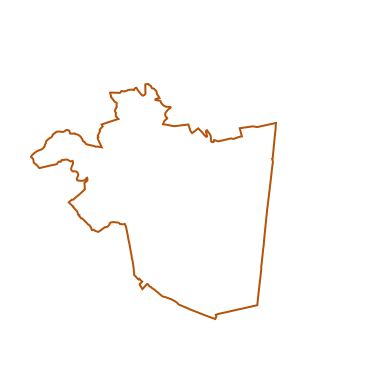 the district of Giong Rieng, Kiên Giang, Vietnam, rotated 53°
{"feature_id": "81297802B19779239086561", "entity_name": "Giong Rieng", "entity_type": "district", "adm_level": 2, "iso_a3": "VNM", "parent_name": "Vietnam", "parent_adm1": "Kiên Giang", "projection": "orthographic", "projection_center": [105.287, 9.934], "detail": "fine", "context": "isolated", "style": "outline", "palette": "amber", "viewbox_px": 384, "rotation_deg": 53, "n_neighbors": 0, "source": "geoboundaries", "source_scale": "gbopen_adm2", "svg_char_len": 5895}
<svg xmlns="http://www.w3.org/2000/svg" viewBox="0 0 384 384"><g transform="rotate(53 192 192)"><path d="M62.5,265.9L62.3,268.0L62.3,268.3L63.0,269.5L63.5,270.6L63.6,271.3L63.6,271.9L63.4,272.9L63.3,273.4L63.5,277.1L63.7,277.9L64.0,278.5L64.5,279.0L64.9,279.3L65.1,279.4L65.4,280.1L65.7,280.8L66.1,281.4L67.0,282.6L67.3,284.0L67.5,284.8L67.5,285.2L67.5,286.0L67.1,287.6L66.3,290.5L66.1,292.1L66.0,293.9L66.1,295.9L66.3,297.3L66.7,298.7L67.0,299.3L67.1,299.5L67.4,299.6L68.7,299.1L69.2,299.0L69.5,299.0L70.9,299.3L71.5,299.6L72.3,300.2L73.0,300.6L74.4,300.5L76.6,299.9L77.8,299.7L81.1,299.5L84.4,291.8L88.4,283.2L87.8,281.6L87.6,280.9L87.6,280.1L87.7,279.8L88.8,278.8L88.9,278.2L88.7,277.9L88.3,277.5L88.1,277.2L88.1,276.9L89.2,275.1L90.6,272.6L90.9,272.3L91.5,271.9L93.4,271.1L94.0,270.9L94.4,270.6L94.6,270.4L95.3,268.7L96.3,269.0L97.2,269.5L97.9,270.2L98.5,271.1L99.0,272.4L100.2,273.9L101.0,274.8L101.8,275.1L102.8,275.1L103.2,275.0L103.9,274.6L105.3,272.7L106.3,272.1L106.7,271.9L107.4,271.8L107.8,271.8L108.8,272.0L109.5,272.2L109.8,272.4L112.1,275.9L112.4,276.3L112.7,276.4L113.1,276.5L113.4,276.5L114.1,276.2L115.5,274.8L116.6,273.5L117.5,272.0L117.9,270.9L117.9,270.0L117.9,269.4L117.4,267.9L117.4,267.4L117.4,267.2L117.6,267.2L118.0,267.4L119.4,268.1L119.6,268.3L119.9,268.9L119.9,269.3L120.0,270.3L119.9,272.3L125.4,276.0L126.2,284.1L126.4,289.4L126.5,290.5L126.7,291.4L125.9,292.4L125.9,295.0L126.2,296.7L132.5,295.6L132.8,296.0L137.8,295.5L138.7,295.5L139.8,295.8L140.8,296.4L141.1,296.6L141.4,296.6L141.7,296.6L142.7,295.8L143.1,296.3L143.5,296.6L144.1,296.6L145.3,296.3L146.1,296.4L146.4,296.1L147.1,295.7L147.8,295.5L152.6,294.8L154.8,294.6L155.7,294.4L156.2,294.1L157.0,293.9L158.2,293.9L159.5,294.0L161.7,294.8L162.2,294.8L162.4,294.7L162.6,294.3L162.9,293.3L164.5,292.8L165.1,292.6L167.5,290.8L167.7,287.1L167.6,285.1L167.7,283.3L167.7,282.8L168.7,281.3L168.9,279.9L168.7,278.9L168.3,277.6L167.5,276.5L167.4,276.2L167.4,275.8L167.5,275.2L167.7,274.7L168.6,273.0L171.9,269.5L172.3,269.1L172.9,268.9L174.0,268.8L174.3,268.7L174.6,268.4L176.3,266.5L176.7,265.9L177.1,264.9L179.5,265.4L186.1,268.5L191.4,271.2L197.8,274.2L202.0,276.4L206.4,278.5L208.3,279.7L211.4,281.0L217.1,284.1L223.6,288.1L229.6,287.4L229.5,286.4L230.5,286.2L231.5,286.1L233.6,285.7L234.2,289.4L235.1,289.7L236.4,289.7L239.7,290.1L239.6,289.2L238.4,283.3L238.5,283.2L239.0,282.9L239.6,282.7L241.7,282.7L242.1,282.6L243.2,282.0L243.5,281.9L244.2,281.9L244.7,281.7L248.1,280.6L252.6,279.5L254.4,279.2L256.7,278.6L257.5,278.4L258.2,278.0L258.8,277.5L259.8,276.6L265.0,273.2L266.9,272.3L268.9,271.4L272.1,270.4L273.7,270.4L285.3,263.8L300.2,254.6L307.4,249.9L306.1,247.5L304.4,246.9L305.4,243.9L309.1,235.9L312.4,228.5L321.7,208.0L316.2,202.9L294.9,182.7L294.7,182.6L294.3,182.5L280.0,169.1L278.0,167.1L270.1,160.0L250.9,142.2L248.8,140.1L244.3,135.8L231.2,123.2L220.7,113.3L216.8,109.4L215.0,108.5L214.0,108.2L214.2,107.9L211.0,104.9L197.3,92.3L190.9,86.3L190.0,85.8L187.4,83.4L179.5,100.6L179.0,101.3L177.2,102.8L176.0,104.2L169.8,115.5L177.6,118.7L176.6,120.8L175.7,123.3L174.8,126.2L174.4,127.2L173.8,127.8L173.1,128.2L172.7,128.5L171.7,130.8L169.1,136.7L167.6,140.1L167.0,140.8L164.7,142.4L164.0,142.8L163.8,143.0L163.8,143.3L164.1,143.6L164.7,143.9L164.9,144.3L164.9,144.9L164.7,145.3L164.2,145.9L163.8,146.2L163.4,146.3L162.9,146.1L159.1,143.7L158.0,143.2L157.3,143.0L155.3,142.9L153.4,143.0L151.8,142.8L151.5,143.3L151.6,143.8L152.0,144.3L152.8,144.9L154.7,145.5L155.8,146.1L156.4,146.5L156.7,146.7L156.7,146.9L156.7,147.2L156.6,147.4L156.1,147.6L153.5,147.9L150.2,148.0L147.6,148.4L146.1,148.6L145.0,148.7L145.0,156.5L143.1,156.5L141.7,156.3L141.3,156.2L140.3,155.7L139.3,155.5L137.9,154.9L135.9,154.3L128.7,166.7L123.8,171.1L120.4,174.4L119.1,172.2L118.7,171.3L118.4,169.1L118.4,168.1L118.2,167.4L117.2,167.3L116.5,167.6L115.5,167.5L114.5,167.1L113.6,166.5L112.9,165.7L112.4,164.2L112.0,162.4L111.8,161.3L111.8,158.4L111.7,158.2L111.4,158.1L110.5,158.7L109.8,159.6L108.1,161.6L106.1,162.5L105.0,162.7L103.6,162.9L102.2,163.0L101.7,162.9L100.8,162.5L100.3,162.5L100.1,162.5L99.4,163.0L98.9,163.6L96.8,165.6L96.3,165.8L96.2,165.8L96.0,165.6L96.1,164.7L96.5,163.3L97.3,161.4L96.7,161.4L95.0,161.1L93.0,161.1L92.1,160.8L90.5,159.9L89.9,159.7L89.4,159.8L88.6,160.0L87.2,160.1L86.6,160.2L85.5,161.1L85.0,161.4L84.5,161.5L84.0,161.4L82.8,161.1L82.3,161.1L81.9,161.2L81.0,161.7L79.6,161.9L79.0,162.4L78.5,163.4L78.0,164.6L85.6,170.1L85.8,171.4L85.8,172.0L85.7,172.5L85.4,173.4L84.3,173.7L83.1,173.9L78.3,174.0L75.4,173.7L75.2,173.8L74.9,174.3L74.9,174.7L75.0,175.1L75.0,175.9L75.1,176.1L75.5,176.5L75.7,176.8L75.6,177.2L75.4,177.4L75.1,177.5L73.9,178.5L73.6,179.0L72.5,180.9L72.1,181.5L71.9,182.4L71.9,183.0L71.7,183.9L71.4,184.5L70.9,185.3L70.7,185.9L70.4,186.2L69.3,187.1L68.9,187.6L68.9,187.9L69.0,188.2L69.5,189.0L69.5,189.6L69.2,190.3L68.9,190.6L68.0,191.6L66.0,194.3L64.3,196.2L63.5,197.7L66.8,199.0L67.2,199.2L67.3,199.5L72.9,199.4L73.8,199.4L74.5,198.8L74.9,198.7L75.8,198.7L76.1,198.8L76.4,199.1L77.1,200.0L78.7,200.8L78.9,201.0L79.0,201.9L79.4,202.3L79.5,202.7L80.3,204.1L81.2,204.9L81.7,205.1L83.2,205.2L83.4,205.3L84.7,206.7L85.1,206.9L85.8,207.2L86.5,207.2L89.4,206.8L87.5,212.2L83.7,223.5L85.9,223.9L86.1,224.8L86.3,226.4L86.6,227.6L86.7,228.1L87.1,228.5L88.0,228.8L88.2,229.0L89.0,230.8L90.5,233.6L91.9,233.7L92.0,234.8L92.9,235.3L99.2,236.6L101.9,237.2L99.3,239.7L98.5,240.5L98.2,241.3L98.0,241.6L97.7,241.8L96.8,242.2L90.7,247.3L89.9,247.7L89.3,247.8L87.7,247.7L86.9,247.8L86.4,248.3L86.2,248.4L85.2,248.4L83.8,247.8L81.0,247.7L80.4,247.7L78.4,248.3L76.5,249.3L76.1,249.6L75.4,250.4L75.0,250.6L74.6,250.5L73.3,252.6L72.8,253.2L71.7,254.2L71.3,253.9L71.0,253.7L70.2,253.4L69.4,253.3L68.9,253.3L68.2,253.6L67.3,254.4L67.0,254.9L66.8,255.6L66.9,257.0L66.6,258.4L66.4,258.8L64.1,261.4L62.5,263.5L62.4,264.0L62.3,264.5L62.5,265.2L62.5,265.9Z" fill="none" stroke="#b45309" stroke-width="2"/></g></svg>